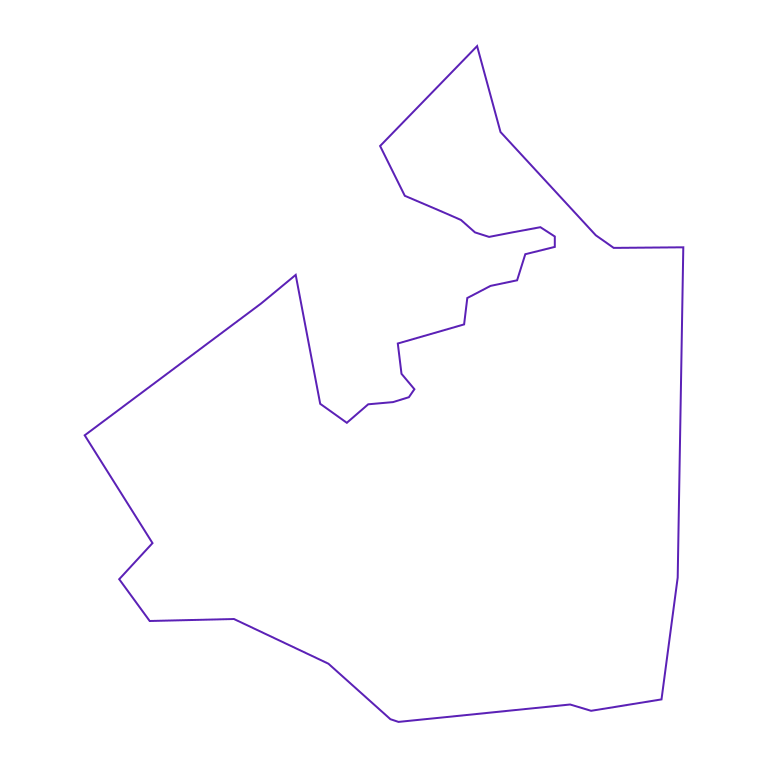 Kidal, Kidal, Mali
{"feature_id": "8926073B1219027063836", "entity_name": "Kidal", "entity_type": "district", "adm_level": 2, "iso_a3": "MLI", "parent_name": "Mali", "parent_adm1": "Kidal", "projection": "robinson", "projection_center": [1.27, 18.544], "detail": "fine", "context": "isolated", "style": "outline", "palette": "violet", "viewbox_px": 768, "rotation_deg": 0, "n_neighbors": 0, "source": "geoboundaries", "source_scale": "gbopen_adm2", "svg_char_len": 641}
<svg xmlns="http://www.w3.org/2000/svg" viewBox="0 0 768 768"><path d="M398.5,721.9L570.1,704.5L591.1,710.8L661.5,699.4L677.7,577.5L683.3,247.3L613.7,247.9L595.8,235.3L500.5,132.0L477.1,46.1L380.1,146.0L404.8,195.8L442.5,211.9L461.0,220.0L475.0,232.4L489.1,236.9L512.3,232.4L540.4,227.2L554.8,236.5L554.8,246.9L525.3,254.2L517.1,280.3L490.5,285.9L467.3,298.0L464.1,324.4L397.8,343.5L401.5,373.8L414.4,389.2L408.9,397.2L393.0,402.1L368.2,404.3L346.8,422.8L320.2,403.8L295.7,274.9L261.1,303.5L84.7,435.3L152.5,543.1L119.2,579.2L149.7,621.0L233.9,619.0L328.4,663.7L390.4,719.2L398.5,721.9Z" fill="none" stroke="#5b21b6" stroke-width="2"/></svg>